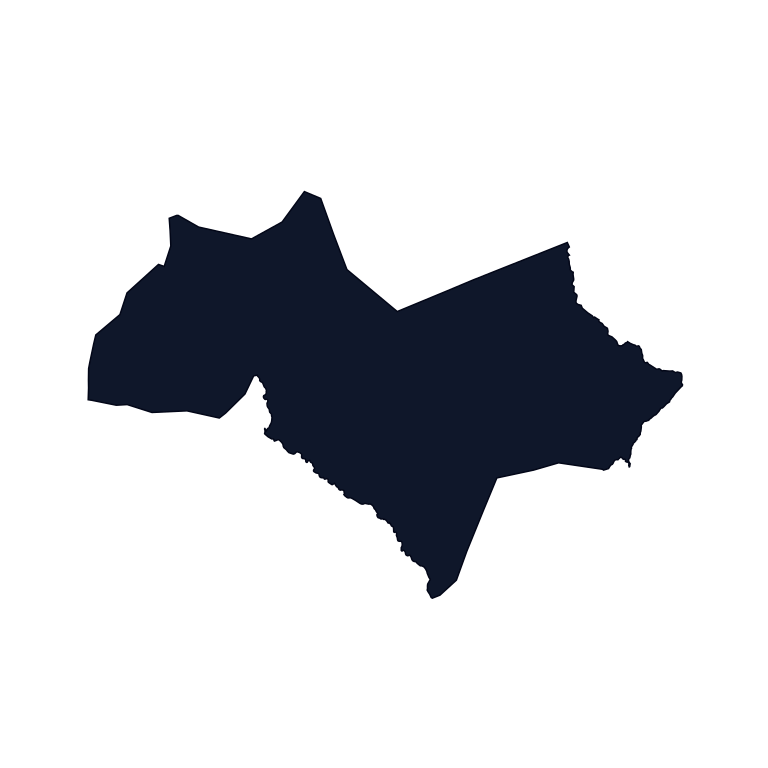 Selenge, Bulgan, Mongolia, rotated 74°
{"feature_id": "93677404B49606497696804", "entity_name": "Selenge", "entity_type": "district", "adm_level": 2, "iso_a3": "MNG", "parent_name": "Mongolia", "parent_adm1": "Bulgan", "projection": "robinson", "projection_center": [104.347, 49.708], "detail": "fine", "context": "isolated", "style": "filled", "palette": "ink", "viewbox_px": 768, "rotation_deg": 74, "n_neighbors": 0, "source": "geoboundaries", "source_scale": "gbopen_adm2", "svg_char_len": 6160}
<svg xmlns="http://www.w3.org/2000/svg" viewBox="0 0 768 768"><g transform="rotate(74 384 384)"><path d="M603.2,396.6L602.4,388.4L592.5,368.5L567.6,350.5L532.3,322.8L505.4,301.4L508.0,263.9L507.9,237.9L526.2,197.5L527.3,196.7L527.2,191.5L525.4,189.6L524.4,188.2L524.1,186.6L523.3,185.6L521.7,184.3L520.7,182.7L520.8,181.4L521.3,180.0L520.8,179.3L519.5,176.7L519.9,176.0L520.4,175.5L521.3,175.4L522.0,174.9L522.5,174.3L522.5,173.4L523.1,172.9L523.9,172.9L524.8,173.2L525.8,172.5L526.1,171.5L527.2,170.5L528.1,170.5L529.8,171.2L531.3,171.1L531.2,170.7L530.5,170.2L529.6,170.0L528.6,169.3L526.5,170.0L524.5,170.0L523.1,168.9L522.7,168.0L521.4,167.5L521.0,167.0L520.2,166.9L519.5,166.1L517.3,165.5L515.0,164.6L513.9,163.7L513.0,163.8L510.6,161.2L509.5,160.7L509.2,159.4L508.6,158.6L508.0,157.6L507.4,157.4L507.1,156.2L505.6,155.5L505.1,155.0L504.5,153.5L503.1,151.6L501.5,151.1L500.1,150.1L496.1,148.4L494.6,148.2L491.7,144.4L492.0,141.7L491.8,140.9L491.9,139.6L491.0,138.5L490.4,136.6L489.2,134.3L489.0,133.5L488.5,132.8L488.6,131.9L488.3,130.9L485.9,127.1L484.6,125.8L483.5,124.2L483.8,123.0L482.9,121.2L480.9,117.9L479.9,114.5L478.5,113.7L477.3,112.0L476.6,111.3L476.0,110.1L473.0,106.5L468.3,98.6L468.0,97.7L466.7,97.2L465.3,97.9L463.6,97.5L462.4,96.7L458.7,95.5L456.8,95.3L455.2,95.6L453.4,98.5L453.3,100.9L451.0,102.9L450.4,105.7L448.1,111.8L448.2,112.8L447.4,113.6L447.0,113.8L445.5,114.9L445.2,115.6L445.0,117.9L439.0,123.1L438.1,124.1L436.8,124.5L435.7,125.1L435.8,126.7L434.9,127.7L431.6,128.1L430.2,128.6L429.7,128.0L427.8,127.5L425.6,127.7L421.8,127.2L419.8,128.1L418.2,128.2L417.5,128.8L417.3,131.0L415.7,132.1L415.2,133.2L412.8,136.1L410.4,138.2L411.1,139.1L411.1,140.7L411.9,141.8L412.3,143.7L412.8,144.4L412.6,146.0L412.0,147.4L411.0,148.4L407.2,148.6L405.2,149.6L401.5,151.9L399.7,154.2L399.0,154.9L398.2,155.2L397.8,155.3L395.0,154.1L392.2,153.9L391.8,154.0L389.2,156.5L386.0,157.6L383.8,159.8L382.7,160.2L381.4,159.7L380.8,160.5L377.7,163.1L378.1,164.1L377.3,164.5L375.9,165.0L371.9,168.4L365.8,172.5L362.7,172.8L361.1,175.5L359.6,176.7L358.4,177.0L356.5,176.3L352.9,174.3L352.1,174.1L351.5,174.1L350.7,174.5L348.1,176.3L342.8,174.4L340.4,175.9L338.5,175.1L336.5,173.1L335.4,172.7L330.9,172.1L328.7,171.3L328.2,172.0L326.5,173.1L325.4,173.5L324.4,173.1L323.3,172.9L320.0,172.9L317.1,172.2L314.9,172.1L312.8,172.5L312.0,172.0L311.3,171.2L311.2,170.3L308.1,171.6L306.6,171.6L305.3,170.9L304.3,170.0L303.4,168.1L298.5,168.8L308.5,269.2L312.0,298.6L318.0,351.3L263.8,388.1L226.5,391.2L188.2,393.7L177.1,407.5L200.2,437.3L208.0,471.4L182.0,519.0L165.2,535.4L164.8,536.8L165.5,544.8L177.9,547.4L192.6,550.9L210.4,562.9L206.9,567.8L225.6,605.9L244.5,618.7L257.4,647.5L265.4,652.0L282.4,661.0L287.8,663.7L298.7,667.0L306.4,669.1L317.6,672.7L319.1,669.4L330.6,647.2L333.0,636.5L347.4,614.9L355.5,580.8L371.3,551.7L368.3,544.3L355.3,520.4L340.3,507.1L340.5,503.5L341.4,503.4L343.3,502.4L344.5,502.1L345.1,502.1L346.2,502.5L346.6,502.5L347.7,501.9L348.6,500.9L349.6,500.3L353.1,500.0L354.0,499.8L355.4,499.0L357.0,498.8L357.8,498.8L359.0,499.4L359.9,499.5L360.9,500.1L361.6,500.9L362.0,502.8L362.4,503.1L362.9,503.4L363.8,503.5L364.5,503.4L365.9,502.7L366.2,502.2L366.3,500.8L367.2,500.2L368.5,500.3L370.3,501.8L372.2,502.2L373.3,502.3L374.4,502.1L376.6,501.3L378.9,501.6L379.7,501.6L381.8,500.5L383.9,500.9L385.1,500.8L388.9,502.3L390.5,503.3L392.6,505.4L394.4,506.6L394.7,508.0L395.9,509.5L396.9,510.2L397.0,510.6L396.8,510.8L395.0,510.5L394.4,510.6L393.9,510.8L394.0,511.0L394.4,511.2L395.8,511.2L396.6,511.4L397.9,511.9L398.6,512.4L399.3,512.3L402.8,510.0L405.4,507.5L405.9,507.0L406.3,505.5L406.9,505.2L407.8,505.3L408.4,505.2L408.7,505.0L408.7,504.4L408.4,504.1L408.6,503.0L408.3,501.6L408.6,500.5L409.0,500.1L412.0,498.4L413.6,497.9L414.1,497.8L416.2,498.0L417.6,497.8L420.4,495.9L422.0,495.3L423.8,494.3L426.1,491.0L426.5,490.1L426.3,488.9L425.3,487.1L425.1,486.3L426.5,484.2L427.6,483.2L428.5,482.7L429.3,482.6L431.5,483.4L432.7,483.2L433.1,482.9L433.5,481.9L434.2,480.7L434.6,480.3L435.1,480.2L437.0,480.5L437.7,480.3L438.0,480.0L438.1,479.6L438.0,479.2L436.8,478.4L437.0,477.8L436.8,476.7L437.1,476.4L437.8,476.4L438.9,476.1L440.5,474.6L441.2,474.6L442.1,474.8L443.1,474.7L444.7,474.0L446.0,474.0L446.5,474.3L446.9,475.0L447.5,475.5L448.3,475.7L448.9,475.5L450.8,473.8L451.4,472.5L452.2,471.5L452.9,471.3L454.1,471.5L454.6,471.5L455.8,471.2L456.4,470.7L457.2,469.2L457.2,468.1L457.7,467.8L458.7,467.6L459.1,467.3L459.2,466.9L459.2,465.1L459.9,464.2L460.7,464.0L462.0,464.5L462.8,464.6L463.3,464.4L466.1,462.1L466.4,461.7L466.5,461.3L465.8,458.9L469.6,457.9L470.7,456.7L472.7,456.4L473.4,456.0L473.9,455.4L474.1,454.8L474.1,453.6L475.4,451.8L476.7,452.2L478.2,452.1L478.7,452.4L479.0,453.0L479.4,452.9L480.3,452.7L482.7,451.0L483.4,450.3L483.7,449.7L484.0,447.9L484.5,447.0L485.3,446.1L487.8,443.7L492.1,440.0L493.1,438.9L493.7,437.3L493.5,435.2L495.2,432.0L495.6,430.3L495.9,429.9L496.6,429.2L498.3,428.2L499.6,427.8L500.2,427.9L501.5,427.6L502.1,427.0L504.6,426.5L506.8,425.6L507.2,425.6L507.4,425.8L507.4,426.5L507.8,426.9L509.2,427.0L510.4,426.7L511.0,426.4L511.7,425.1L512.7,424.4L513.0,423.9L513.2,422.3L514.0,421.8L514.2,420.8L514.7,420.2L515.6,419.5L516.8,419.0L517.4,418.5L518.0,418.7L518.7,418.4L519.0,417.9L518.7,416.9L519.7,416.9L520.1,416.3L522.3,416.0L522.8,415.7L523.0,415.3L523.7,414.6L525.4,414.6L528.7,415.4L529.2,415.2L529.5,414.9L529.4,414.0L529.6,413.6L530.4,413.1L530.8,413.0L531.2,413.1L533.0,413.8L535.4,413.6L537.5,413.9L538.5,413.8L538.9,413.5L539.4,412.6L539.7,411.8L539.7,411.2L539.9,410.8L540.2,410.6L540.8,410.4L542.1,410.5L543.6,410.8L545.0,411.5L546.0,412.5L548.7,413.3L549.2,413.1L549.5,412.8L549.5,412.3L549.1,411.6L549.2,411.3L549.8,410.4L551.4,409.9L553.3,410.1L554.1,410.0L554.8,409.7L555.6,408.7L555.7,407.8L555.5,406.7L555.8,406.2L556.7,406.0L558.1,405.6L560.0,405.6L561.4,405.3L562.2,404.8L562.8,404.1L563.7,402.4L564.2,402.0L565.6,401.5L568.7,399.3L569.4,397.5L571.0,395.9L573.3,395.0L575.8,394.5L578.0,394.6L582.4,394.1L584.2,393.5L584.7,393.5L588.4,397.2L590.1,397.9L592.4,398.5L594.0,399.3L596.3,398.8L598.7,398.0L602.2,397.5L603.2,396.6Z" fill="#0f172a" stroke="#020617" stroke-width="1.5"/></g></svg>